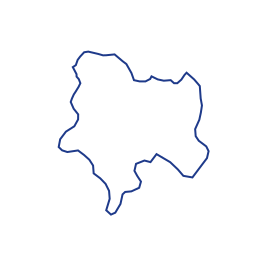 the district of Gwangju-si, Gyeonggi, South Korea, rotated 307°
{"feature_id": "91817680B33140835215225", "entity_name": "Gwangju-si", "entity_type": "district", "adm_level": 2, "iso_a3": "KOR", "parent_name": "South Korea", "parent_adm1": "Gyeonggi", "projection": "natural_earth1", "projection_center": [127.301, 37.396], "detail": "fine", "context": "isolated", "style": "outline", "palette": "blue", "viewbox_px": 256, "rotation_deg": 307, "n_neighbors": 0, "source": "geoboundaries", "source_scale": "gbopen_adm2", "svg_char_len": 1173}
<svg xmlns="http://www.w3.org/2000/svg" viewBox="0 0 256 256"><g transform="rotate(307 128 128)"><path d="M143.4,47.3L140.0,54.5L138.1,56.0L137.4,59.3L135.1,63.0L131.0,63.8L124.4,64.4L122.3,64.5L117.8,65.5L114.3,66.6L110.7,73.0L108.9,80.0L104.8,83.0L97.1,84.1L87.7,80.6L78.2,80.6L71.1,84.1L71.0,84.8L70.5,88.8L72.3,94.0L80.0,101.6L80.0,109.2L79.4,116.2L77.0,122.7L71.1,127.9L71.1,136.1L69.9,143.7L66.4,150.7L60.4,156.0L49.2,160.1L48.6,166.5L52.0,168.4L52.7,168.8L62.8,167.7L71.7,163.6L75.2,164.2L79.4,168.8L87.0,172.9L93.0,170.6L95.3,164.2L97.7,158.9L104.2,156.0L111.9,160.7L114.3,166.5L124.3,166.5L126.1,182.3L124.9,192.8L123.1,201.0L127.3,209.2L151.5,209.2L158.0,206.3L160.4,201.6L160.4,192.2L162.2,187.0L167.5,182.3L177.5,180.0L184.0,177.0L190.5,173.5L195.3,168.3L204.7,160.1L205.3,157.6L206.6,151.6L207.4,141.5L204.4,141.2L198.7,141.5L193.4,140.4L191.5,137.8L191.9,133.3L189.6,130.7L187.3,128.1L184.7,122.5L183.4,115.7L180.5,116.2L175.7,113.9L172.2,109.2L169.8,104.0L174.0,97.6L178.1,88.2L178.1,83.5L178.7,73.0L172.8,66.6L171.0,64.3L169.2,59.6L165.1,50.3L162.1,47.4L156.2,46.8L152.1,46.8L146.8,48.5L143.4,47.3Z" fill="none" stroke="#1e3a8a" stroke-width="2"/></g></svg>